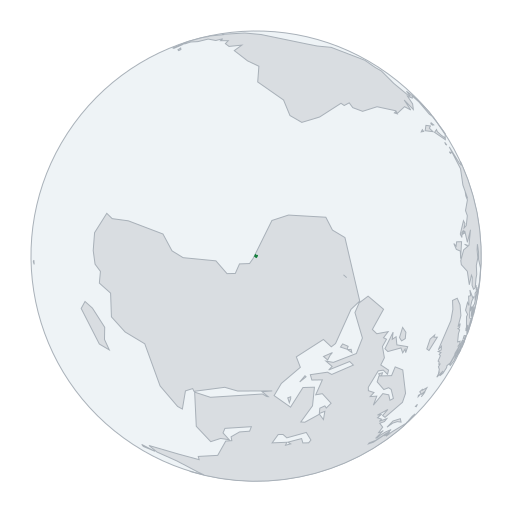 Mono on an orthographic globe, rotated 126°
{"feature_id": "BEN-2180", "entity_name": "Mono", "entity_type": "Department", "adm_level": 1, "iso_a3": "BEN", "parent_name": "Benin", "parent_adm1": "", "projection": "orthographic", "projection_center": [1.785, 6.48], "detail": "fine", "context": "on_globe", "style": "filled", "palette": "green", "viewbox_px": 512, "rotation_deg": 126, "n_neighbors": 0, "source": "natural_earth", "source_scale": "10m", "svg_char_len": 8667}
<svg xmlns="http://www.w3.org/2000/svg" viewBox="0 0 512 512"><g transform="rotate(126 256 256)"><circle cx="256" cy="256" r="225" fill="#eef3f6" stroke="#a8b0b8"/><path d="M175.7,45.5L172.6,46.8L174.8,46.1L169.9,48.2L176.0,46.0L180.1,44.3L184.1,42.9L185.8,42.6L179.8,44.9L178.1,45.4L177.2,46.0L173.4,47.4L176.2,46.5L168.7,49.8L178.6,46.2L174.7,48.6L169.0,51.0L166.5,51.1L147.0,59.1L140.5,62.8L133.9,67.1L128.0,73.8L122.1,78.2L116.3,83.8L121.0,80.8L127.1,75.5L134.3,72.1L141.0,66.7L144.9,64.8L153.0,59.9L155.0,60.5L152.7,64.0L146.1,68.5L144.9,70.4L153.9,66.5L144.2,76.0L142.3,84.8L139.4,87.6L129.0,91.6L122.2,90.0L108.7,97.9L120.7,93.0L113.4,101.4L113.6,103.2L115.9,103.2L120.0,100.3L118.2,103.6L105.5,108.9L107.0,106.0L111.0,104.1L107.7,103.8L99.2,108.7L96.1,113.2L86.4,117.9L84.1,121.5L80.7,124.9L85.0,118.7L77.0,130.3L65.2,141.8L54.1,163.8L61.4,146.0L61.8,143.4L61.3,143.0L59.3,146.5L60.3,144.4L69.4,129.8L79.6,115.9L90.8,102.8L103.0,90.7L116.1,79.5L130.0,69.3L144.6,60.2L159.9,52.3L175.7,45.5ZM45.0,177.2L45.8,174.9L46.5,174.3L39.3,194.4L39.4,199.1L35.6,214.8L34.7,223.6L36.4,222.4L37.7,227.3L40.9,218.7L45.0,214.8L42.7,227.8L46.9,216.6L47.9,223.6L57.6,225.5L56.3,228.2L64.1,245.8L76.3,254.8L79.1,264.9L77.3,270.6L82.4,273.1L82.5,277.0L106.1,286.2L121.0,297.5L122.4,311.1L113.6,325.4L114.2,356.9L100.8,365.2L103.1,377.5L102.6,394.3L93.7,391.4L102.3,401.0L102.2,405.6L98.1,405.0L102.6,411.2L99.8,410.6L105.3,415.2L108.6,422.2L116.8,429.1L121.2,434.6L126.7,438.6L125.5,438.1L126.3,439.1L129.0,441.1L121.8,436.6L110.8,427.8L106.8,423.8L105.1,422.6L95.6,411.9L96.6,413.7L82.3,396.3L73.9,382.2L54.4,339.1L50.1,329.8L43.0,317.8L33.7,283.0L33.4,270.1L32.6,263.4L35.4,245.9L36.5,228.0L36.0,225.0L34.3,231.1L34.3,218.5L36.8,204.8L37.6,200.7L45.0,177.2ZM50.6,171.2L51.0,184.2L47.6,184.3L48.8,182.5L49.4,177.5L49.4,172.5L47.3,173.9L50.6,171.2ZM57.8,159.9L57.5,158.8L58.3,159.0L57.8,159.9ZM151.3,60.0L152.1,59.9L150.2,60.8L151.3,60.0ZM154.0,58.0L151.2,59.1L152.1,58.4L153.8,57.7L154.0,58.0ZM157.3,56.9L154.0,57.0L155.6,55.8L163.5,52.4L157.3,56.9ZM180.6,44.0L176.3,45.7L178.4,44.7L180.6,44.0ZM194.7,39.2L189.3,40.8L194.7,39.2L180.9,43.7L181.0,43.6L194.7,39.2ZM185.9,42.3L185.3,42.3L191.5,40.3L193.8,40.0L191.1,40.7L185.9,42.3ZM190.5,41.0L194.8,39.9L193.4,40.7L186.9,42.3L190.5,41.0ZM192.2,40.0L195.3,39.1L194.3,39.4L192.2,40.0ZM190.9,43.7L190.1,43.3L193.3,42.1L190.9,43.7ZM196.5,39.5L196.9,39.3L198.1,38.9L200.5,38.4L196.5,39.5ZM202.7,37.1L203.1,37.0L204.0,36.8L208.6,35.8L209.1,35.6L203.2,37.0L207.1,36.1L208.1,36.0L202.1,37.4L202.4,37.2L202.7,37.1ZM206.5,36.9L200.0,39.1L200.8,39.9L198.0,40.8L197.2,39.5L206.5,36.9ZM204.4,37.0L205.1,37.1L201.3,38.0L198.5,38.6L204.4,37.0ZM212.9,34.9L213.4,34.8L212.4,35.0L212.9,34.9ZM207.5,36.9L209.0,36.4L208.0,36.8L207.5,36.9ZM212.4,35.1L211.1,35.3L212.7,35.0L212.4,35.1ZM213.2,35.5L211.1,36.1L209.2,36.3L213.2,35.5ZM213.5,35.1L216.1,34.6L209.7,36.1L212.6,35.3L213.5,35.1ZM214.2,34.8L214.8,34.6L214.6,34.7L214.2,34.8ZM221.9,34.5L214.4,36.2L210.0,36.6L217.9,34.8L221.9,34.5ZM136.5,445.6L123.7,438.0L129.7,441.6L127.2,439.1L136.3,444.5L136.5,445.6ZM132.0,439.2L133.1,438.1L135.3,439.3L135.0,440.4L132.0,439.2ZM469.2,183.1L463.7,169.5L464.9,176.0L468.3,199.5L472.8,220.9L472.2,231.2L461.7,202.0L454.2,182.3L452.1,184.9L439.8,169.8L423.5,171.7L419.6,167.0L416.9,169.9L408.0,165.9L401.5,158.2L396.8,159.4L413.7,179.8L418.5,178.7L420.4,169.7L424.4,177.4L432.8,183.5L428.9,204.2L402.2,225.6L397.1,209.8L363.8,169.6L363.4,164.8L363.2,164.3L362.6,163.4L362.2,171.2L355.6,163.6L376.0,191.4L380.6,204.1L401.9,226.6L400.5,229.3L406.6,233.8L423.1,225.6L423.8,231.0L417.5,257.2L392.4,294.4L394.4,317.3L390.2,337.2L371.5,351.8L370.0,366.8L359.9,372.8L357.2,381.4L347.3,390.9L332.0,400.3L309.2,401.8L310.3,394.3L302.6,380.0L292.9,344.2L301.2,327.0L300.2,314.0L283.5,285.6L287.3,269.1L282.3,262.5L272.1,264.7L265.9,256.8L259.5,256.9L217.9,264.0L203.8,253.8L183.6,222.3L190.1,209.4L188.8,194.9L231.5,145.6L243.3,147.8L280.1,140.2L285.2,141.7L283.9,152.4L313.9,164.1L320.0,154.7L344.2,160.6L358.3,159.3L358.0,139.2L334.8,140.7L327.8,131.6L344.0,122.2L363.9,122.2L361.8,118.8L346.7,111.7L348.7,105.3L341.2,109.0L346.2,112.2L341.6,114.9L336.8,112.2L337.7,109.8L331.0,108.7L328.4,121.4L333.2,126.1L317.2,129.5L323.5,137.9L320.1,142.3L308.0,129.9L307.3,125.1L287.0,113.1L286.3,118.2L305.5,130.2L300.6,129.5L299.9,137.7L296.6,130.9L275.9,117.5L259.8,121.7L243.6,142.7L233.3,145.0L222.6,141.7L224.1,121.5L247.0,118.7L247.9,112.6L239.5,104.6L247.2,104.8L246.6,101.5L254.9,100.5L262.9,92.3L270.8,91.0L270.4,81.7L274.4,80.1L273.5,85.9L277.1,89.6L296.2,88.0L298.9,85.9L297.1,80.3L302.6,81.0L298.4,75.9L307.7,73.4L292.8,72.5L290.3,67.0L294.0,62.8L290.5,61.1L284.5,68.2L284.6,71.3L288.9,74.1L286.6,84.0L280.8,86.0L273.1,76.0L263.9,78.2L261.9,70.3L279.2,54.3L288.3,51.5L310.7,56.8L310.6,59.8L302.6,59.1L313.3,64.2L310.8,61.6L315.4,62.6L314.2,58.5L317.3,59.0L310.7,54.6L314.5,54.8L318.6,57.6L320.0,52.9L326.8,53.0L325.6,51.8L322.4,50.4L333.2,52.1L331.8,51.1L327.7,50.1L322.3,47.8L317.0,44.7L321.0,45.4L323.5,46.6L334.8,50.8L340.7,54.6L341.9,54.6L337.7,51.6L323.9,46.4L319.5,44.3L326.2,46.3L323.4,45.4L322.5,44.7L325.4,44.8L318.2,42.6L302.8,36.1L306.9,36.6L314.5,38.5L312.4,37.9L327.7,42.4L342.6,48.0L357.0,54.6L371.0,62.3L384.3,70.9L397.1,80.4L409.1,90.8L420.4,102.0L430.8,113.9L440.4,126.6L449.1,140.0L456.8,153.9L463.5,168.3L469.2,183.1ZM220.2,169.9L219.8,174.2L220.2,169.9ZM387.4,133.1L397.7,133.1L388.6,121.6L391.8,120.9L387.6,117.5L387.9,120.8L376.9,111.8L379.7,108.2L376.2,103.6L372.6,103.4L369.2,111.6L385.0,124.2L384.5,129.2L387.4,133.1ZM58.0,225.4L58.9,228.2L57.1,227.9L58.0,225.4ZM45.5,189.3L46.4,190.1L46.3,192.3L45.3,192.6L45.5,189.3ZM56.7,193.6L58.5,195.3L56.0,195.7L56.7,193.6ZM51.4,185.9L55.2,192.8L50.4,195.3L48.3,191.3L50.7,190.9L51.4,185.9ZM54.1,166.8L54.3,168.0L53.1,170.2L54.1,166.8ZM58.4,160.2L58.1,160.3L58.7,158.3L58.4,160.2ZM114.1,101.1L115.1,100.8L116.7,101.5L114.5,102.6L114.1,101.1ZM132.9,97.8L129.6,103.3L130.4,99.9L126.6,102.0L123.6,98.1L137.9,88.9L131.9,93.6L132.9,97.8ZM123.6,91.3L123.9,94.2L123.1,91.4L123.6,91.3ZM235.1,86.7L239.1,88.3L237.6,92.0L227.6,95.4L229.6,89.9L235.1,86.7ZM245.1,89.8L240.2,80.0L246.2,78.1L243.7,80.7L248.1,80.4L245.2,84.7L255.8,93.2L255.2,97.2L237.0,100.3L243.3,96.8L239.0,95.2L245.1,89.8ZM217.1,64.2L215.1,61.6L230.8,60.5L230.8,63.2L220.9,66.3L214.9,65.0L217.1,64.2ZM171.8,51.5L170.0,51.7L171.7,50.9L174.6,50.0L171.8,51.5ZM190.3,43.6L181.4,50.0L178.9,50.5L176.7,54.6L169.2,57.6L170.9,54.6L163.5,60.4L162.0,59.0L157.8,63.0L162.3,56.2L160.6,55.7L165.3,55.0L172.2,52.2L174.7,50.8L180.6,46.8L180.5,45.0L187.3,42.6L192.2,41.3L193.2,41.3L188.4,42.8L193.3,41.8L187.2,44.1L190.3,43.6ZM245.0,36.9L239.0,37.1L247.8,38.5L241.7,39.5L243.1,39.6L239.9,41.1L238.4,43.3L235.3,43.6L236.1,44.4L234.0,45.6L234.0,46.9L228.3,48.2L227.9,50.0L225.4,49.6L226.2,52.5L223.1,51.0L220.0,52.9L224.7,53.4L193.9,60.3L183.4,65.4L176.4,70.9L171.9,68.4L175.6,62.2L183.8,55.2L194.5,51.0L190.6,51.1L194.5,49.2L196.0,50.0L196.1,47.8L199.8,46.6L207.0,42.4L204.9,40.8L207.5,39.5L210.2,39.6L210.9,38.4L217.7,37.8L219.7,37.0L228.4,36.0L232.4,37.1L234.3,36.2L241.0,35.8L245.0,36.9ZM224.3,34.2L230.4,34.5L230.1,35.5L215.1,37.0L212.3,37.8L202.7,39.5L203.3,38.2L206.0,37.8L208.8,37.1L207.5,37.7L210.6,36.8L214.4,36.3L217.9,35.5L218.9,35.7L224.3,34.2ZM289.2,137.4L292.8,137.7L298.0,136.9L297.6,142.3L289.2,137.4ZM274.9,128.4L277.9,127.5L280.0,134.1L276.2,134.2L274.9,128.4ZM277.8,121.7L277.9,126.9L275.6,124.2L277.8,121.7ZM276.1,85.0L279.1,84.1L280.1,85.4L279.2,87.5L276.1,85.0ZM269.6,43.7L266.2,43.0L266.7,42.5L262.1,40.3L266.2,39.8L270.6,40.9L269.6,43.7ZM355.1,142.8L352.1,146.9L349.5,145.2L351.0,144.1L355.1,142.8ZM324.3,144.5L332.2,146.6L324.1,146.0L324.3,144.5ZM273.3,42.7L271.0,41.7L274.5,42.1L273.3,42.7ZM269.0,39.3L272.8,39.5L266.2,39.5L269.0,39.3ZM393.2,430.5L391.5,432.8L389.9,433.3L393.2,430.5ZM419.3,331.0L401.2,366.6L393.3,367.6L394.3,357.7L402.6,336.5L412.6,329.5L418.2,319.5L419.3,331.0ZM473.4,222.9L476.3,235.2L475.6,237.7L473.4,222.9ZM305.1,41.0L306.9,44.3L310.9,47.2L317.5,49.4L309.0,48.2L302.8,43.6L305.1,41.0ZM302.7,36.4L297.0,35.2L298.9,35.3L300.4,35.6L302.7,36.4ZM299.7,35.9L293.8,35.4L290.2,34.5L295.5,35.1L299.7,35.9ZM283.8,37.8L284.0,38.6L281.1,38.2L283.8,37.8Z" fill="#d9dde1" stroke="#a8b0b8" stroke-width="1"/><path d="M255.4,255.6L255.3,255.4L255.2,255.3L255.1,255.2L255.3,255.1L255.5,255.2L256.0,255.1L256.4,255.0L256.6,255.0L256.9,255.1L256.9,255.3L256.8,255.5L256.8,255.9L256.8,256.0L256.7,256.3L256.7,256.5L256.8,256.7L256.8,256.8L256.4,256.8L255.4,257.0L255.4,256.9L255.9,256.8L256.0,256.8L255.9,256.5L255.8,256.2L255.7,256.1L255.6,255.9L255.5,255.7L255.4,255.6Z" fill="#22c55e" stroke="#15803d" stroke-width="1.5"/></g></svg>